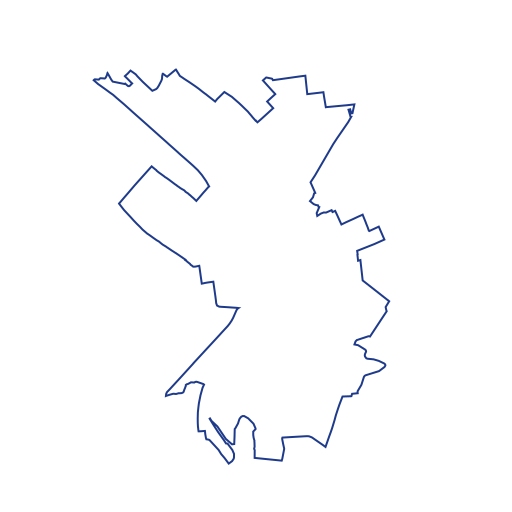 Poarta Alba, Constanta, Romania (orthographic projection), rotated 260°
{"feature_id": "2599482B25555992289279", "entity_name": "Poarta Alba", "entity_type": "district", "adm_level": 2, "iso_a3": "ROU", "parent_name": "Romania", "parent_adm1": "Constanta", "projection": "orthographic", "projection_center": [28.4, 44.227], "detail": "fine", "context": "isolated", "style": "outline", "palette": "blue", "viewbox_px": 512, "rotation_deg": 260, "n_neighbors": 0, "source": "geoboundaries", "source_scale": "gbopen_adm2", "svg_char_len": 5909}
<svg xmlns="http://www.w3.org/2000/svg" viewBox="0 0 512 512"><g transform="rotate(260 256 256)"><path d="M430.0,297.0L427.7,293.3L415.7,300.8L412.3,303.0L412.1,303.1L408.9,298.0L406.2,293.8L398.6,298.6L393.9,291.2L390.0,285.0L387.5,280.8L387.4,280.6L388.2,280.1L389.4,279.4L389.3,279.1L391.0,278.1L393.1,276.8L395.3,275.6L397.8,274.1L399.6,273.1L402.6,270.9L406.5,268.1L409.7,265.7L413.4,262.7L416.9,259.9L423.0,253.3L419.2,247.8L417.3,245.0L415.2,242.6L417.1,240.9L422.0,236.5L424.5,234.3L424.7,234.0L425.5,233.3L426.3,232.5L427.1,231.8L430.5,228.8L433.0,226.4L434.4,225.0L438.7,220.6L442.8,216.2L443.9,215.1L446.5,212.4L446.8,212.2L448.7,211.5L450.8,210.6L453.5,209.6L453.5,209.3L448.0,199.6L448.9,198.6L451.7,196.0L451.7,195.8L449.7,194.9L446.8,194.2L445.0,193.2L441.9,190.8L440.8,190.0L438.5,187.9L437.7,186.6L437.5,185.8L436.7,182.6L447.2,174.7L453.4,170.5L455.8,169.1L460.4,164.6L457.9,161.3L455.9,158.1L454.9,158.7L454.0,159.4L451.0,161.5L448.2,163.4L447.5,164.0L445.6,161.4L445.3,160.4L445.5,159.7L445.9,159.2L448.5,157.1L448.2,156.5L452.6,145.2L453.9,144.5L455.6,143.8L458.8,142.7L462.0,141.5L461.9,141.4L460.8,141.0L459.9,140.5L457.8,139.0L457.4,138.5L457.1,138.0L457.1,137.5L457.5,136.3L458.1,133.6L457.9,133.1L457.0,131.8L458.0,128.0L457.8,127.4L457.3,126.7L452.7,130.4L451.6,131.5L446.1,136.9L442.4,140.4L439.5,143.3L435.6,146.4L428.6,152.2L423.0,156.6L418.0,160.5L410.6,166.4L403.8,171.8L401.1,173.9L394.4,179.2L390.2,182.5L386.3,185.6L383.9,187.5L380.4,190.2L376.4,193.4L368.7,199.4L362.4,204.5L356.0,209.6L350.6,213.6L345.1,216.8L338.4,219.9L332.6,221.9L332.3,221.2L330.2,218.6L329.6,217.9L327.6,215.3L324.2,211.2L321.2,207.5L320.6,206.8L322.1,205.7L324.5,203.9L325.4,203.1L326.9,202.0L327.3,201.7L327.6,201.4L327.7,201.2L328.3,200.8L329.2,200.1L329.9,199.5L330.1,199.2L330.3,199.0L331.3,197.9L332.0,197.4L332.5,197.2L333.6,196.2L333.9,195.8L334.6,194.9L335.3,194.1L336.2,193.1L337.2,192.2L338.7,190.6L339.4,190.1L340.5,188.9L346.3,183.5L348.8,181.0L349.4,180.2L350.6,179.2L353.1,176.8L354.9,175.0L357.2,173.0L357.5,172.9L357.9,172.7L358.3,172.3L359.2,171.5L361.3,169.7L362.4,168.8L349.9,152.9L346.5,148.6L340.8,141.7L336.4,136.3L332.6,131.7L331.6,130.4L331.4,130.2L324.2,134.0L315.9,139.4L312.2,141.7L308.6,144.1L305.0,146.7L301.8,148.8L297.0,152.7L295.6,154.2L294.3,155.5L291.4,158.3L288.6,161.1L287.2,162.8L286.9,163.1L285.2,164.5L283.5,166.0L282.8,166.8L280.7,169.2L279.9,169.9L279.5,170.4L276.1,173.9L271.3,179.1L264.6,185.9L264.3,185.6L263.9,186.0L263.3,186.6L262.2,187.4L260.2,189.2L259.8,189.6L258.7,190.1L258.0,190.9L256.4,192.3L256.1,194.0L256.1,195.3L256.2,198.4L255.3,198.4L238.2,197.8L238.2,198.7L238.3,201.0L238.3,203.7L238.1,209.5L223.5,209.0L219.0,208.8L216.5,208.6L214.0,209.0L212.5,211.0L211.9,213.3L211.2,216.3L210.3,220.0L209.1,224.8L208.5,227.3L207.8,229.7L207.5,229.0L206.9,228.3L206.3,227.6L205.6,227.1L199.0,222.7L196.6,220.8L194.0,218.3L192.1,216.2L186.3,208.6L184.5,206.3L161.3,175.8L161.2,175.8L150.3,161.7L140.2,148.5L137.4,144.7L137.1,144.5L136.0,143.7L135.2,143.4L133.8,143.0L133.9,143.5L134.4,147.3L134.7,150.4L134.6,151.3L134.5,151.5L134.1,152.8L134.0,153.5L134.3,156.2L134.1,156.9L134.0,157.7L133.9,159.0L134.2,160.3L134.8,161.1L136.8,162.2L138.5,163.3L139.3,163.7L140.0,164.2L140.4,164.3L141.2,164.5L141.7,165.5L141.7,166.2L141.9,167.1L142.9,170.1L142.7,170.8L142.5,171.8L142.3,172.5L142.1,173.1L142.5,174.2L142.5,174.6L142.6,175.2L142.0,176.6L139.1,181.8L138.4,182.5L135.5,180.5L128.6,177.2L120.9,174.2L117.0,173.0L112.1,171.6L106.2,170.4L103.8,170.0L102.6,169.8L101.3,169.6L97.9,169.2L95.9,169.1L94.7,169.0L93.3,169.0L93.0,171.0L92.6,175.3L90.6,175.2L89.3,175.1L85.5,175.1L84.1,175.3L83.8,176.3L83.2,177.8L82.6,178.4L76.2,182.5L71.5,185.5L67.0,187.3L62.6,189.9L56.3,193.1L58.1,196.8L60.2,198.8L61.3,199.3L64.9,200.0L69.1,199.0L76.2,195.4L76.6,193.9L80.0,192.5L89.2,188.1L96.3,185.1L103.8,182.1L104.0,182.5L101.4,183.5L94.8,188.4L81.1,194.5L74.7,199.7L74.6,201.9L81.9,203.5L89.3,205.0L90.1,205.9L94.2,209.2L97.5,210.9L98.7,211.7L100.3,213.6L100.7,215.2L100.4,216.6L97.5,220.1L91.3,224.4L86.3,225.6L85.6,225.5L83.6,222.8L80.2,222.2L77.3,222.1L74.4,222.4L73.6,222.2L72.5,222.1L68.4,221.5L66.5,220.7L65.0,221.0L57.4,219.6L50.0,245.8L51.8,246.7L60.7,250.1L61.4,250.3L66.2,250.1L70.9,250.0L71.9,250.1L72.6,250.5L71.2,262.5L70.1,271.8L69.8,274.3L69.5,275.8L69.3,276.8L67.7,279.5L58.2,289.1L56.0,291.2L55.9,291.3L65.9,296.9L69.5,299.0L73.1,301.0L80.8,304.9L85.1,306.9L91.3,310.2L95.1,312.3L97.1,313.5L102.6,316.8L101.4,325.2L101.4,325.6L103.6,326.7L103.2,332.3L103.6,332.3L105.2,332.6L110.8,337.4L118.2,341.3L119.1,342.2L119.5,343.2L121.3,357.2L124.4,363.3L125.7,364.4L126.8,364.4L127.9,363.6L131.4,358.7L133.8,353.9L135.5,347.9L136.1,346.9L138.1,345.9L139.4,345.9L140.5,346.3L142.7,347.8L144.0,347.8L145.0,347.1L150.4,341.1L151.8,337.6L154.6,339.2L155.2,340.0L155.7,340.7L157.4,352.5L157.4,353.3L156.9,354.3L173.0,369.5L178.9,375.1L180.4,374.9L183.2,374.8L188.3,379.3L213.4,356.8L233.9,358.1L233.6,355.7L239.7,356.1L239.9,356.4L243.5,356.5L247.2,374.6L249.9,385.3L263.6,382.0L261.0,372.3L260.9,371.9L261.4,371.5L263.3,371.2L264.1,371.1L266.1,370.7L267.4,370.4L271.1,369.7L276.7,368.5L278.2,368.2L277.8,366.7L276.8,362.7L275.7,358.7L274.8,355.2L273.6,350.5L272.2,345.6L276.4,344.5L281.9,343.1L286.7,341.8L286.0,339.0L288.0,338.4L286.6,332.5L287.1,330.3L286.5,327.2L284.8,323.3L287.7,323.2L293.2,326.8L293.6,326.1L295.1,325.9L295.9,323.7L297.1,321.8L300.7,318.7L303.9,322.3L307.5,324.1L307.8,325.3L319.1,322.5L325.2,328.2L352.8,351.5L358.0,356.4L371.9,370.1L376.5,373.9L376.6,373.3L384.0,372.5L384.1,374.2L379.9,374.6L379.9,375.8L388.2,379.2L388.7,371.7L389.4,363.3L390.4,351.1L390.4,350.6L401.4,350.7L405.6,350.8L405.6,350.7L405.7,348.3L406.0,343.1L406.5,334.6L425.0,335.9L425.3,329.1L426.2,303.2L427.3,302.8L427.7,302.7L427.9,302.4L428.2,301.7L428.9,299.9L429.4,298.7L429.9,297.5L430.0,297.1L430.0,297.0Z" fill="none" stroke="#1e3a8a" stroke-width="2"/></g></svg>